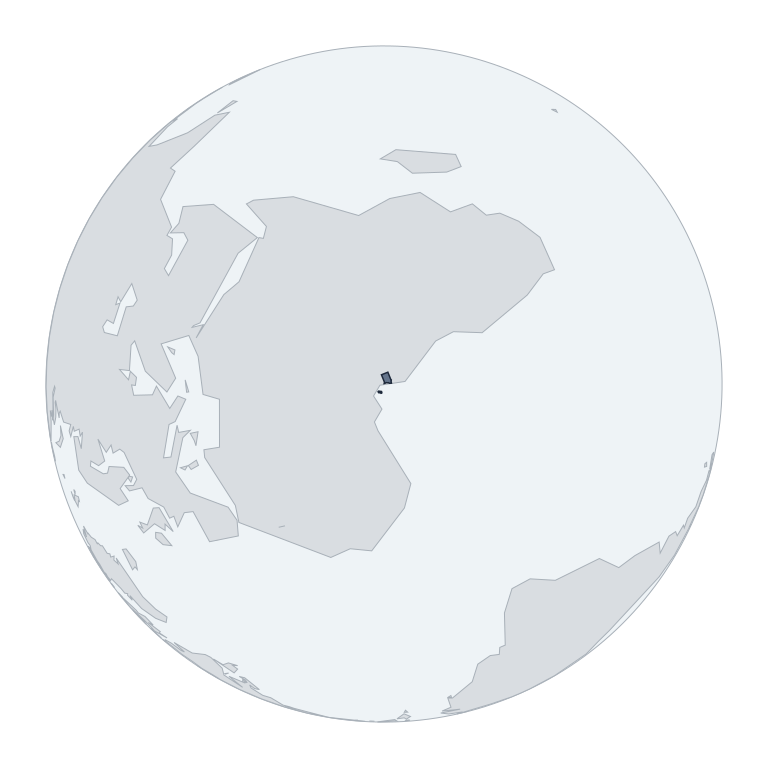 globe centered on Equatorial Guinea, rotated 248°
{"feature_id": "GNQ", "entity_name": "Equatorial Guinea", "entity_type": "country or territory", "adm_level": 0, "iso_a3": "GNQ", "parent_name": "Africa", "parent_adm1": "", "projection": "orthographic", "projection_center": [9.725, 2.359], "detail": "fine", "context": "on_globe", "style": "filled", "palette": "slate", "viewbox_px": 768, "rotation_deg": 248, "n_neighbors": 0, "source": "natural_earth", "source_scale": "50m", "svg_char_len": 8229}
<svg xmlns="http://www.w3.org/2000/svg" viewBox="0 0 768 768"><g transform="rotate(248 384 384)"><circle cx="384" cy="384" r="338" fill="#eef3f6" stroke="#a8b0b8"/><path d="M262.2,68.8L268.3,66.5L261.1,69.4L252.6,72.8L250.2,73.7L262.2,68.8ZM192.9,105.3L191.0,106.6L182.0,113.1L172.3,120.9L178.7,116.2L188.6,108.6L198.1,102.8L209.1,95.4L214.5,92.4L227.1,85.3L228.7,85.4L223.3,89.8L212.9,96.1L210.3,98.6L223.0,92.5L206.4,105.4L200.1,116.9L195.4,121.0L181.2,127.5L174.1,126.6L155.7,139.3L171.1,130.7L159.1,142.8L158.6,145.1L161.3,144.7L167.1,140.2L163.8,144.8L147.3,154.0L150.1,149.9L155.3,146.7L151.9,146.9L140.7,155.0L135.5,161.5L124.1,170.1L120.3,175.3L115.7,180.6L122.6,171.6L109.9,188.6L95.7,207.7L78.3,240.2L82.5,231.5L94.1,210.3L107.3,190.0L121.9,170.7L137.9,152.5L155.1,135.5L173.4,119.7L192.9,105.3ZM50.6,329.0L50.8,327.8L50.5,334.1L53.8,320.4L57.7,313.3L54.0,332.8L59.0,315.3L59.2,325.0L68.9,325.5L67.2,329.9L74.9,354.3L89.1,366.0L92.4,380.8L90.1,389.6L96.4,392.7L96.5,398.6L126.6,409.9L146.3,426.0L148.6,446.5L137.8,469.3L141.5,518.3L125.8,532.9L130.9,552.4L134.4,579.9L123.7,576.7L136.2,591.2L137.9,599.1L133.5,599.0L140.9,608.8L138.1,608.5L145.8,615.3L153.4,627.2L165.5,637.7L174.1,647.1L182.2,653.1L181.0,652.7L182.9,654.7L187.2,657.9L178.1,651.8L161.6,638.3L154.6,631.7L152.8,630.3L136.6,612.9L139.1,616.3L116.5,589.2L102.1,566.8L70.9,500.4L65.3,486.8L58.0,470.4L49.7,433.0L46.7,404.7L46.5,399.8L46.3,396.3L46.1,385.2L47.4,362.1L49.9,335.7L50.2,331.7L49.1,339.2L50.6,329.0ZM72.8,252.2L73.2,251.4L68.8,268.3L66.5,269.9L67.8,267.0L69.9,260.1L71.8,254.8L72.8,252.2ZM82.1,233.5L82.4,232.1L82.8,232.1L82.1,233.5ZM225.4,85.8L226.2,85.6L223.5,87.0L225.4,85.8ZM230.1,83.2L226.4,85.1L228.0,84.2L230.3,83.1L230.1,83.2ZM245.1,76.0L234.4,81.3L231.8,82.3L245.1,76.0ZM284.5,61.7L284.1,61.5L289.1,59.9L284.5,61.7ZM301.7,56.3L301.0,56.4L300.6,56.8L296.1,58.0L297.2,57.4L301.7,56.3ZM331.0,50.3L333.8,49.8L321.8,51.9L316.1,53.0L319.6,52.3L331.0,50.3ZM197.4,664.3L180.8,653.9L188.3,658.7L183.1,654.1L195.6,661.7L197.4,664.3ZM186.7,652.3L186.9,650.0L189.9,651.7L190.5,653.8L186.7,652.3ZM712.9,306.3L712.7,305.6L717.5,329.9L718.3,334.6L719.7,345.5L718.7,338.5L715.2,317.3L707.0,286.3L707.3,292.0L703.6,279.7L692.3,255.2L690.7,263.1L690.5,296.0L696.6,327.9L693.9,342.4L675.5,296.9L664.2,266.9L659.5,270.0L638.9,246.0L609.0,245.8L603.1,238.4L597.8,242.3L583.1,235.4L573.3,223.6L565.2,224.8L590.8,256.0L599.3,255.1L604.1,242.5L609.8,254.0L623.8,264.1L614.4,293.3L567.2,321.4L559.9,297.7L509.6,236.3L509.5,229.4L509.2,228.7L508.4,227.3L506.7,238.6L497.1,227.1L526.9,269.0L533.1,287.9L566.6,322.9L564.2,326.7L574.1,334.0L602.5,323.9L603.3,331.9L591.6,370.1L549.7,423.6L553.8,458.8L548.1,489.2L518.7,510.1L517.9,533.4L502.2,542.1L499.0,555.4L484.5,569.8L461.5,583.6L426.1,584.9L426.5,572.9L412.8,550.1L394.8,494.2L406.5,468.0L404.5,448.0L378.5,404.5L384.4,379.8L376.8,369.8L361.5,372.7L352.4,360.9L342.9,360.9L281.6,371.6L261.4,356.5L233.9,310.1L243.9,291.0L243.1,269.7L310.0,197.6L327.1,200.7L383.0,190.2L390.5,192.4L387.0,207.8L431.5,225.7L442.1,212.3L479.3,222.0L502.1,221.2L504.7,192.4L467.4,193.0L457.9,179.7L485.3,167.5L517.4,169.0L514.7,164.0L491.8,153.0L496.6,144.2L483.6,148.7L490.8,153.6L482.9,157.0L475.8,152.9L477.7,149.6L467.3,147.7L460.7,165.3L467.3,172.2L441.6,176.2L450.1,188.4L444.1,194.5L427.4,176.3L427.0,169.5L398.1,151.9L396.1,159.1L423.3,176.7L416.0,175.5L413.6,187.1L409.6,177.4L380.5,157.9L355.5,163.5L328.2,193.3L312.7,196.7L297.7,192.0L303.1,163.2L337.2,159.2L339.5,150.6L328.8,139.3L340.1,139.6L339.9,135.0L352.4,133.7L366.2,122.4L378.4,120.8L380.2,108.0L386.7,105.9L383.7,113.7L388.2,119.0L417.9,117.4L422.6,114.6L421.4,106.9L429.7,108.1L424.7,100.9L440.1,98.1L417.2,96.2L415.2,88.8L422.4,83.4L417.7,81.0L405.9,90.1L404.9,94.3L410.5,98.2L404.2,111.5L394.8,114.1L385.9,100.2L371.5,103.1L370.9,92.5L403.2,71.8L418.5,68.7L451.4,76.7L449.9,80.5L437.4,79.1L452.3,86.4L449.5,82.8L456.4,84.4L456.2,79.1L461.1,80.1L452.6,73.9L458.5,74.5L463.8,78.4L468.7,72.7L480.1,73.6L478.8,72.0L474.2,70.1L491.8,73.4L490.1,72.2L483.7,70.5L476.1,67.2L469.6,63.1L476.0,64.4L479.2,66.1L495.7,72.3L503.3,77.5L505.3,77.7L500.2,73.7L480.1,65.9L474.4,63.1L484.2,66.3L480.2,64.9L479.3,64.0L484.5,64.7L473.8,61.3L455.8,53.9L460.1,54.8L484.3,61.3L507.9,69.6L530.8,79.7L553.0,91.4L574.2,104.7L594.3,119.5L613.3,135.8L631.1,153.5L647.5,172.4L662.4,192.5L675.8,213.6L687.6,235.7L697.8,258.6L706.2,282.2L712.9,306.3ZM290.6,232.7L289.6,238.9L289.6,239.0L290.6,232.7ZM554.2,186.6L571.6,187.8L558.9,170.7L564.5,170.1L558.1,165.0L557.9,169.5L541.5,155.8L547.2,151.3L542.5,144.6L536.5,144.0L528.6,154.8L552.1,173.9L550.2,180.8L554.2,186.6ZM69.4,325.3L70.1,329.3L68.2,329.2L69.4,325.3ZM63.7,277.6L63.9,278.2L63.2,281.2L62.5,282.1L63.7,277.6ZM72.0,279.8L73.5,281.7L70.9,283.0L72.0,279.8ZM68.7,270.6L70.7,279.0L65.8,284.0L64.9,279.1L66.9,277.7L68.7,270.6ZM76.9,244.0L76.5,245.4L74.9,248.8L76.9,244.0ZM82.3,233.6L82.1,233.8L83.3,231.0L82.3,233.6ZM160.1,142.2L161.3,141.6L162.9,142.3L159.9,144.1L160.1,142.2ZM183.7,135.2L177.7,142.8L179.9,138.2L174.5,141.5L172.3,136.8L193.0,122.8L184.0,129.6L183.7,135.2ZM175.1,128.0L174.2,131.7L174.4,128.3L175.1,128.0ZM326.6,114.6L332.0,116.7L329.0,121.8L313.6,126.7L317.8,119.0L326.6,114.6ZM340.4,118.9L335.9,105.4L345.2,102.8L340.8,106.3L347.4,105.9L342.0,111.8L355.4,123.6L353.6,129.1L326.1,133.3L336.1,128.5L330.2,126.2L340.4,118.9ZM307.7,84.6L305.9,81.3L328.6,79.5L327.7,83.1L312.3,87.3L304.3,85.8L307.7,84.6ZM254.9,72.7L252.7,73.3L255.3,72.2L259.4,70.7L254.9,72.7ZM289.2,59.6L290.2,59.4L283.0,61.5L289.5,59.7L279.9,62.7L283.9,61.7L267.1,69.5L263.8,70.4L258.0,75.3L247.0,79.7L251.1,76.1L238.2,83.8L237.5,82.4L229.8,87.7L240.1,79.4L239.0,79.3L244.5,77.5L254.7,73.3L258.7,71.4L269.4,66.5L271.4,65.4L289.2,59.6ZM362.2,50.6L353.5,50.9L364.9,52.2L355.4,53.4L357.3,53.5L351.6,55.2L348.0,57.8L343.3,58.3L343.9,59.2L340.2,60.7L339.5,62.3L330.7,63.9L329.2,66.2L325.9,65.8L325.6,69.3L321.9,67.6L316.7,70.1L323.0,70.5L277.2,80.6L260.9,87.9L249.3,95.5L244.5,92.7L252.3,84.5L266.6,75.2L283.0,69.2L277.8,69.6L284.2,67.1L285.6,67.8L287.2,65.3L292.8,63.6L305.5,58.4L304.3,57.0L308.9,55.5L312.2,55.2L314.5,54.0L323.8,52.8L327.3,51.9L340.0,50.3L344.2,51.1L347.8,50.1L357.6,49.5L362.2,50.6ZM337.3,49.4L344.5,48.9L342.9,49.7L321.5,52.4L317.0,53.3L303.3,56.1L306.0,55.2L309.6,54.4L313.9,53.5L311.3,54.1L316.5,52.9L321.7,52.0L327.2,51.0L328.0,51.0L337.3,49.4ZM397.2,186.5L402.6,186.9L410.8,185.9L409.4,193.7L397.2,186.5ZM377.0,173.2L381.7,172.0L383.7,181.5L378.1,181.5L377.0,173.2ZM382.6,163.9L381.8,171.2L378.8,167.3L382.6,163.9ZM387.9,112.6L392.7,111.5L393.9,113.2L392.0,116.1L387.9,112.6ZM393.9,58.4L389.2,57.6L390.2,57.0L384.8,54.4L391.4,53.8L397.3,55.2L393.9,58.4ZM499.4,197.4L493.9,202.9L489.9,200.4L492.6,198.9L499.4,197.4ZM450.3,197.9L462.3,201.2L449.8,200.0L450.3,197.9ZM400.2,57.4L397.2,56.2L402.4,56.8L400.2,57.4ZM395.9,53.4L401.7,53.7L391.6,53.5L395.9,53.4ZM575.9,642.1L574.3,646.0L571.1,646.4L575.9,642.1ZM596.8,482.8L570.0,536.4L556.7,537.0L557.0,521.5L568.8,489.3L585.2,479.7L594.1,464.9L596.8,482.8ZM721.9,386.9L719.4,352.8L720.2,353.7L721.3,364.3L721.9,386.9ZM697.7,331.0L703.2,350.2L701.1,353.5L697.7,331.0ZM452.5,57.8L452.7,61.4L457.2,65.2L466.7,68.4L453.5,66.1L446.5,60.2L452.5,57.8ZM454.7,53.9L446.4,52.1L449.8,52.6L452.2,53.1L454.7,53.9ZM449.9,52.9L440.1,51.5L435.3,50.4L444.0,51.7L449.9,52.9ZM420.4,52.5L420.0,53.4L415.8,52.8L420.4,52.5Z" fill="#d9dde1" stroke="#a8b0b8" stroke-width="1"/><path d="M393.5,385.1L393.5,386.5L393.5,387.6L393.5,388.9L393.5,390.2L393.5,391.3L393.5,392.0L392.3,392.0L390.7,392.0L389.1,392.0L387.5,392.0L386.7,392.0L385.8,392.0L385.5,392.0L385.3,392.2L385.1,392.3L384.8,392.1L384.5,392.0L384.4,391.9L384.2,391.6L383.9,391.5L383.7,391.6L383.2,391.8L383.3,391.7L382.7,391.3L382.4,391.3L382.0,391.2L382.3,390.3L382.6,389.4L383.2,388.8L383.5,388.7L383.5,388.4L384.0,387.4L384.5,386.5L384.3,385.7L384.4,384.3L384.6,384.4L384.6,384.5L384.9,384.9L385.5,385.1L387.4,385.1L388.6,385.1L390.3,385.1L392.1,385.1L393.5,385.1ZM378.2,375.7L378.3,375.8L379.2,375.7L379.4,376.1L379.4,376.5L378.5,377.9L378.3,378.4L378.0,378.9L377.7,378.9L376.6,378.7L376.4,378.3L376.5,377.7L377.1,377.5L377.2,377.4L377.5,376.8L377.6,376.3L377.8,375.9L378.2,375.7Z" fill="#64748b" stroke="#1e293b" stroke-width="1.5"/></g></svg>